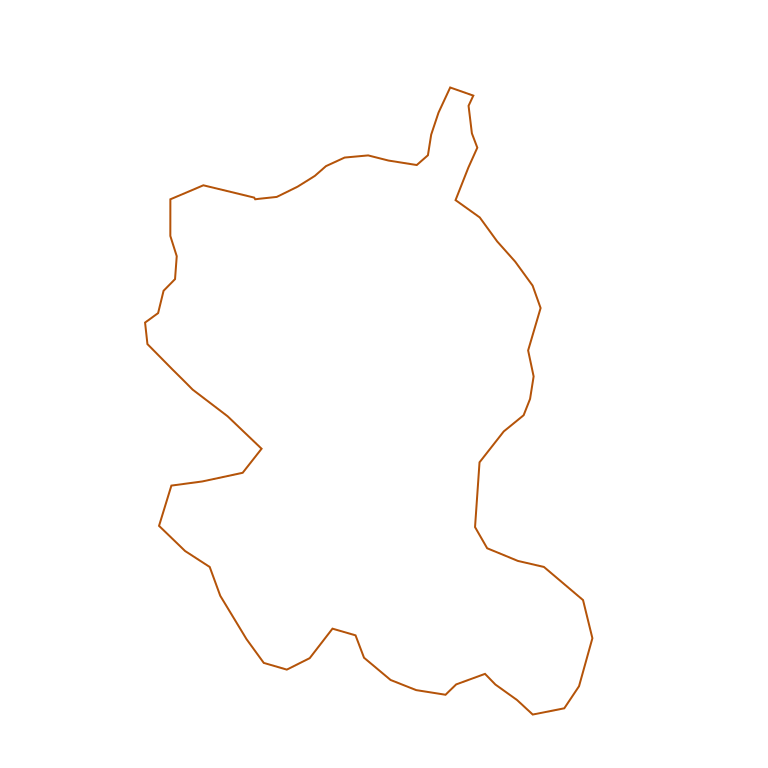 the district of Changnyeong-gun, South Gyeongsang, South Korea, rotated 9°
{"feature_id": "91817680B39611758954351", "entity_name": "Changnyeong-gun", "entity_type": "district", "adm_level": 2, "iso_a3": "KOR", "parent_name": "South Korea", "parent_adm1": "South Gyeongsang", "projection": "mercator", "projection_center": [128.494, 35.525], "detail": "fine", "context": "isolated", "style": "outline", "palette": "amber", "viewbox_px": 768, "rotation_deg": 9, "n_neighbors": 0, "source": "geoboundaries", "source_scale": "gbopen_adm2", "svg_char_len": 1108}
<svg xmlns="http://www.w3.org/2000/svg" viewBox="0 0 768 768"><g transform="rotate(9 384 384)"><path d="M427.1,85.2L403.0,80.8L395.4,107.4L391.6,130.3L391.6,151.2L382.1,162.6L353.5,162.6L332.6,160.7L309.7,166.5L292.6,177.9L283.1,189.3L267.8,202.6L248.8,216.0L231.7,220.6L227.9,221.7L226.6,220.2L174.5,216.0L144.1,235.0L149.8,271.2L159.3,290.2L161.2,313.1L151.7,326.4L149.8,349.3L138.4,360.7L144.1,381.6L172.6,402.6L186.5,412.6L195.9,419.5L234.5,440.3L273.2,467.1L258.3,493.8L219.7,508.7L189.9,517.6L184.0,559.3L213.7,580.1L240.5,592.0L255.4,618.8L281.7,649.9L288.1,657.5L308.9,678.3L332.7,681.3L353.5,666.4L371.4,633.7L395.2,636.7L407.1,657.5L436.8,675.3L463.6,681.3L493.4,681.3L495.9,677.9L502.3,669.4L529.1,654.5L541.0,663.4L564.8,675.3L582.6,687.2L612.8,676.1L623.9,652.0L629.6,602.5L614.4,566.3L570.6,539.7L543.9,537.8L511.6,530.1L496.3,511.1L490.6,446.4L509.7,412.1L526.8,393.0L530.6,375.9L530.6,353.1L521.1,328.3L526.8,284.5L515.4,263.6L494.4,242.6L473.5,225.5L452.5,204.5L425.9,191.2L433.5,156.9L439.2,136.0L431.6,122.7L424.0,96.0L427.1,85.2Z" fill="none" stroke="#b45309" stroke-width="2"/></g></svg>